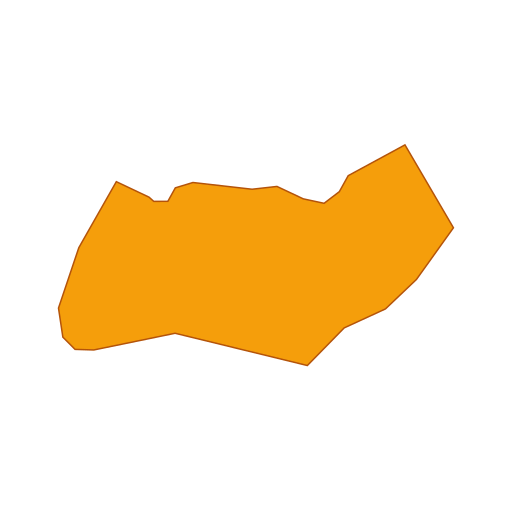 outline of Nazarje, rotated 209°
{"feature_id": "SVN-975", "entity_name": "Nazarje", "entity_type": "Municipality", "adm_level": 1, "iso_a3": "SVN", "parent_name": "Slovenia", "parent_adm1": "", "projection": "albers", "projection_center": [14.92, 46.283], "detail": "fine", "context": "isolated", "style": "filled", "palette": "amber", "viewbox_px": 512, "rotation_deg": 209, "n_neighbors": 0, "source": "natural_earth", "source_scale": "10m", "svg_char_len": 467}
<svg xmlns="http://www.w3.org/2000/svg" viewBox="0 0 512 512"><g transform="rotate(209 256 256)"><path d="M179.6,425.4L97.0,376.4L104.3,313.3L117.1,272.5L144.0,235.9L158.0,185.1L289.3,149.2L352.3,95.2L369.0,86.6L385.6,91.4L403.5,114.7L415.0,177.4L414.2,253.3L378.0,255.6L371.9,254.2L359.6,261.1L359.6,276.5L346.8,289.7L291.8,312.5L271.4,327.0L242.4,328.9L222.0,335.1L214.3,352.7L214.3,371.0L179.6,425.4Z" fill="#f59e0b" stroke="#b45309" stroke-width="1.5"/></g></svg>